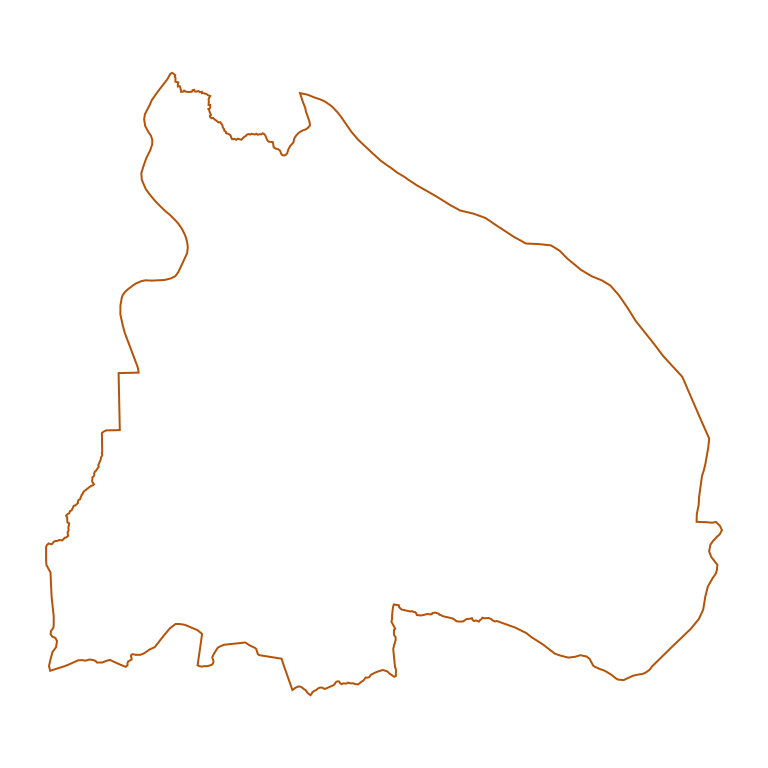 Prey Chhor, Kâmpóng Cham, Cambodia (orthographic projection)
{"feature_id": "14789045B91228863328058", "entity_name": "Prey Chhor", "entity_type": "district", "adm_level": 2, "iso_a3": "KHM", "parent_name": "Cambodia", "parent_adm1": "Kâmpóng Cham", "projection": "orthographic", "projection_center": [105.196, 12.105], "detail": "fine", "context": "isolated", "style": "outline", "palette": "amber", "viewbox_px": 768, "rotation_deg": 0, "n_neighbors": 0, "source": "geoboundaries", "source_scale": "gbopen_adm2", "svg_char_len": 6011}
<svg xmlns="http://www.w3.org/2000/svg" viewBox="0 0 768 768"><path d="M300.0,93.1L302.6,101.2L305.2,107.9L306.0,111.7L309.2,120.8L309.9,124.0L309.9,125.6L307.7,128.0L306.0,129.3L302.8,130.4L300.0,131.9L298.5,133.0L296.1,135.6L294.4,138.2L293.4,142.5L290.5,145.6L289.1,148.0L288.2,149.8L287.2,153.3L286.0,154.6L284.2,155.5L282.4,155.1L281.2,153.9L280.1,150.8L278.3,149.3L275.6,148.6L273.7,147.3L272.9,142.2L269.2,141.8L267.9,141.0L267.0,139.6L265.4,135.6L264.2,134.1L262.8,133.3L261.1,134.4L259.5,134.2L257.8,134.8L256.4,133.8L254.8,134.5L251.4,133.8L250.1,134.6L248.7,134.0L247.0,134.6L245.5,136.2L244.1,136.9L241.4,139.7L237.6,138.7L236.2,139.9L234.7,139.0L232.1,139.2L231.1,137.4L230.5,135.2L228.4,133.9L226.1,133.2L225.7,131.6L224.4,130.8L224.1,129.1L223.0,127.7L222.2,125.0L220.3,122.2L218.3,122.4L216.6,120.8L214.4,119.3L213.1,118.0L211.7,118.2L210.3,117.4L209.9,115.8L211.0,114.9L210.1,113.0L209.3,110.7L208.4,109.0L210.0,108.2L210.3,106.6L210.1,105.0L208.6,105.0L208.8,100.9L208.6,99.2L210.1,96.0L208.1,95.3L206.7,94.2L203.8,93.2L202.0,93.2L201.8,91.8L199.8,92.2L198.5,91.0L196.5,91.6L195.1,91.6L194.2,89.8L192.6,90.1L192.3,91.5L189.8,92.0L185.7,91.7L184.1,90.6L183.1,91.6L181.2,91.9L180.3,87.5L179.7,86.2L177.9,86.5L177.8,84.3L178.3,82.4L175.4,81.7L175.5,77.9L174.7,76.7L175.3,75.1L172.1,72.8L170.2,74.1L167.6,78.9L158.0,91.3L151.8,100.1L149.8,104.8L145.0,114.0L144.1,119.1L145.2,126.1L148.0,131.3L151.0,135.8L152.3,140.1L152.2,144.3L150.3,150.1L146.4,157.9L143.7,165.4L141.3,173.2L141.8,179.8L145.8,189.2L149.9,194.7L155.4,201.3L160.1,206.1L165.2,211.0L170.4,215.3L175.5,220.5L178.7,224.1L182.2,229.3L184.8,234.6L186.2,238.3L187.2,242.6L187.8,247.3L187.1,253.2L178.4,272.0L175.4,276.1L170.9,278.4L164.4,280.0L152.0,280.6L145.6,280.3L141.5,281.1L136.3,283.3L133.3,285.2L128.2,289.0L125.1,291.8L122.7,295.1L121.8,297.7L120.4,305.6L120.4,314.6L122.7,325.1L124.8,333.0L137.5,366.6L138.3,369.8L138.6,372.6L118.6,373.1L119.8,430.1L106.1,430.4L103.4,431.8L101.9,433.0L102.2,451.6L101.9,453.3L102.3,455.0L100.9,457.8L100.8,459.3L98.3,465.1L98.8,466.8L97.4,468.5L96.2,470.6L94.9,471.6L94.2,473.2L94.3,474.9L93.8,476.2L92.4,477.3L92.4,478.9L92.1,480.4L92.3,481.9L94.0,484.4L92.6,485.4L91.0,485.9L84.5,490.9L83.3,492.1L82.8,493.6L81.8,494.8L80.6,497.4L80.3,499.0L78.4,500.1L77.9,501.5L78.0,502.9L75.3,505.5L73.8,505.7L71.6,510.4L69.9,511.2L69.3,513.2L67.6,514.1L66.1,515.6L67.3,517.7L67.2,519.4L67.5,522.5L69.1,523.2L69.0,524.9L68.4,526.8L68.6,530.5L67.6,532.3L67.8,534.2L68.2,535.7L66.3,537.4L64.7,537.8L62.3,540.4L59.4,540.0L57.0,541.0L55.5,541.0L54.0,541.6L51.7,544.3L48.6,543.5L47.2,544.8L46.1,546.6L46.1,560.0L46.4,564.9L50.5,572.5L51.6,596.8L53.7,616.2L53.7,625.0L53.3,627.9L51.0,630.9L50.6,634.2L52.2,636.6L55.3,637.9L57.0,640.9L56.1,647.1L52.5,652.0L50.2,660.5L49.0,666.1L50.2,670.8L59.7,667.7L62.8,666.8L67.7,665.0L78.2,660.3L82.3,660.1L85.4,660.7L89.5,659.5L93.6,660.1L95.9,661.3L96.9,662.5L102.2,662.5L106.3,660.9L109.8,659.9L120.1,664.6L125.7,666.8L127.5,665.3L127.5,663.1L128.1,661.6L131.6,659.5L131.5,657.8L130.9,656.2L131.4,654.7L132.7,654.2L135.5,654.8L140.5,654.8L144.4,653.1L149.7,649.4L154.7,647.2L163.6,635.8L170.0,628.2L175.6,624.0L179.7,624.0L184.8,624.8L197.6,630.2L202.1,634.0L197.6,665.3L199.5,666.2L201.8,666.6L204.2,666.2L206.8,666.2L209.4,665.6L211.8,664.8L212.9,663.5L213.4,662.1L213.4,660.4L212.6,658.9L212.3,657.2L213.6,654.3L217.2,648.5L218.4,647.2L223.8,644.8L245.4,642.5L249.6,645.4L254.8,647.8L256.2,648.9L257.8,654.0L259.0,655.1L281.6,658.7L283.9,665.9L292.4,690.0L295.9,687.5L298.7,686.4L300.1,686.6L301.9,687.4L303.5,688.8L305.8,690.3L307.9,693.3L310.5,695.2L311.7,693.7L312.3,692.3L314.1,691.0L315.9,690.2L318.0,688.5L320.1,687.5L322.3,687.7L324.8,689.0L333.5,685.2L334.8,683.9L335.9,682.1L337.6,681.3L339.2,681.5L340.2,683.3L341.7,684.2L343.2,683.4L346.4,683.6L347.9,682.6L350.8,683.4L352.5,683.2L355.9,684.2L358.2,684.4L361.5,681.7L363.3,680.6L365.8,677.5L367.2,677.7L369.2,677.2L370.9,674.8L374.5,672.9L378.7,671.2L383.0,670.0L387.5,671.5L389.8,673.8L394.3,676.8L395.8,676.1L396.0,670.3L395.7,668.7L395.0,666.9L393.3,649.9L393.3,648.3L393.8,647.0L394.0,645.0L394.8,643.4L395.0,641.8L395.6,640.5L395.7,639.0L395.5,636.8L394.3,635.5L393.9,634.0L394.1,629.7L395.2,628.7L391.4,621.7L392.1,618.9L392.1,614.9L393.0,607.2L393.8,604.5L398.9,605.3L399.1,607.2L401.5,609.5L410.4,611.5L412.0,611.1L413.6,611.9L415.3,612.2L416.3,613.4L416.8,615.0L419.8,615.4L421.8,615.4L427.7,613.9L429.7,614.4L431.7,614.3L432.4,613.0L435.6,612.6L437.1,613.3L438.6,613.6L439.5,614.8L440.9,615.0L442.6,616.1L452.4,618.4L454.0,619.3L456.6,621.3L460.2,621.6L463.2,621.4L465.6,619.6L467.1,619.0L470.2,618.7L471.9,618.2L472.7,620.1L474.2,621.1L475.9,620.4L478.9,621.6L479.8,620.3L481.4,619.2L482.4,617.7L484.5,618.3L488.4,618.0L491.3,619.1L492.3,620.1L494.7,621.5L496.8,621.0L515.2,627.6L526.2,633.0L531.1,636.9L543.1,644.6L554.9,653.7L560.8,655.7L568.3,657.6L575.1,656.8L580.3,655.2L586.6,656.5L589.6,658.9L593.2,665.7L594.6,666.7L600.0,669.1L603.4,670.2L607.1,672.1L611.8,675.1L616.2,678.6L618.1,679.6L623.6,680.1L632.8,675.8L637.9,674.6L642.4,674.0L645.5,672.7L649.8,669.6L651.7,666.8L670.8,648.0L690.8,628.8L698.8,619.1L703.2,609.6L705.4,596.1L707.9,586.4L712.9,577.7L715.9,573.5L716.9,569.9L717.4,564.9L711.3,557.0L709.1,551.5L710.4,544.7L713.0,541.0L716.7,537.0L719.8,534.2L721.9,530.2L720.1,526.1L716.0,522.0L712.1,522.7L706.2,522.2L696.6,521.8L696.8,514.2L698.7,504.6L699.0,497.7L702.0,475.9L703.8,470.5L705.5,463.2L708.3,447.2L709.2,438.6L699.9,417.6L682.3,376.8L663.2,356.1L653.7,343.5L635.7,321.0L628.3,309.0L618.8,295.1L610.3,285.5L601.7,280.3L591.6,276.2L580.9,269.8L567.1,258.4L559.6,250.7L551.0,245.4L538.9,244.1L525.8,243.5L513.0,236.3L496.5,225.5L485.5,218.0L473.4,213.6L460.1,210.5L449.9,204.9L436.3,196.4L416.8,185.3L408.3,179.7L404.4,176.9L397.0,172.5L391.7,168.4L386.1,164.6L380.7,160.7L372.8,153.5L358.2,139.8L351.3,131.7L340.8,116.5L337.5,112.3L332.0,106.5L326.1,102.3L323.5,100.8L319.4,99.1L314.8,97.6L307.6,94.7L300.0,93.1Z" fill="none" stroke="#b45309" stroke-width="2"/></svg>